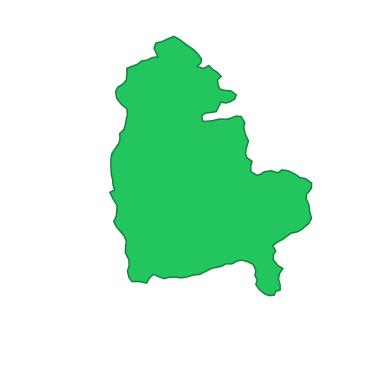 outline of Santana de Cataguases, Minas Gerais, Brazil, rotated 132°
{"feature_id": "56859067B5954230458891", "entity_name": "Santana de Cataguases", "entity_type": "district", "adm_level": 2, "iso_a3": "BRA", "parent_name": "Brazil", "parent_adm1": "Minas Gerais", "projection": "equal_earth", "projection_center": [-42.562, -21.278], "detail": "fine", "context": "isolated", "style": "filled", "palette": "green", "viewbox_px": 384, "rotation_deg": 132, "n_neighbors": 0, "source": "geoboundaries", "source_scale": "gbopen_adm2", "svg_char_len": 2122}
<svg xmlns="http://www.w3.org/2000/svg" viewBox="0 0 384 384"><g transform="rotate(132 192 192)"><path d="M247.1,252.8L249.8,246.5L252.2,238.5L256.8,234.9L260.6,232.2L266.3,230.4L268.5,224.7L269.1,219.8L270.0,213.1L272.6,207.8L277.0,204.8L281.8,200.8L284.4,193.8L288.5,189.6L294.0,187.0L297.6,181.8L298.8,176.8L293.7,171.1L290.1,164.8L284.3,166.1L279.0,165.6L277.0,159.4L275.0,154.7L270.5,151.8L266.1,147.2L263.1,142.6L258.4,138.8L252.8,135.5L248.2,131.2L243.5,129.4L239.7,127.9L235.0,126.0L230.0,122.2L226.6,119.9L222.7,118.8L218.7,114.2L213.3,112.3L209.6,109.8L206.9,104.7L204.8,98.0L207.6,92.0L212.0,89.3L213.7,84.7L218.1,82.6L219.5,76.3L219.1,69.5L217.3,65.2L213.6,61.9L209.6,63.3L206.0,60.8L202.0,64.4L198.9,69.5L194.0,72.4L188.0,73.3L189.2,79.0L187.8,86.6L183.8,89.7L180.0,90.1L177.8,96.1L171.9,95.0L166.2,92.8L161.6,92.0L156.1,90.7L151.7,87.4L147.1,85.5L141.7,84.9L137.4,84.1L131.5,85.7L127.4,92.0L123.4,96.3L120.8,102.3L117.5,105.3L113.4,105.3L109.4,105.8L105.3,109.0L106.1,116.6L109.0,121.2L109.8,127.5L112.0,135.0L115.4,140.0L120.1,140.9L123.5,147.8L128.7,151.8L132.8,152.9L136.2,155.0L137.4,161.9L133.2,165.9L129.1,167.8L129.7,174.2L127.5,178.1L123.3,180.8L116.2,184.3L113.2,191.5L109.4,196.7L105.1,199.2L103.1,206.2L106.5,210.3L110.5,212.2L114.4,214.6L119.7,220.6L124.7,224.1L128.6,227.4L132.4,231.2L128.9,235.7L124.5,234.9L120.5,231.4L116.1,227.8L110.9,229.2L105.9,230.6L102.9,226.0L98.8,223.8L94.4,222.4L90.2,224.1L90.8,230.6L94.4,235.5L96.9,240.1L94.6,244.7L91.6,248.2L86.6,247.7L86.2,253.7L87.0,258.5L86.7,264.1L92.4,266.0L95.4,272.2L90.4,271.7L86.8,273.9L85.6,279.3L85.2,286.9L86.2,294.3L87.0,302.9L88.4,309.6L94.1,312.3L100.5,315.0L105.5,318.5L110.6,316.4L114.3,307.8L118.9,311.6L123.9,313.5L128.5,317.2L133.1,317.8L138.2,320.4L143.6,323.2L147.9,319.2L152.7,315.8L158.2,315.6L163.6,317.3L168.6,315.9L172.7,310.7L174.1,303.4L173.7,296.1L178.0,291.5L182.4,289.3L186.0,286.9L190.9,284.5L196.9,284.8L201.3,280.5L205.4,278.8L211.2,278.2L217.1,277.2L221.1,274.7L225.6,271.0L229.6,266.9L233.0,263.6L236.1,259.0L239.5,255.5L242.3,250.9L247.1,252.8Z" fill="#22c55e" stroke="#15803d" stroke-width="1.5"/></g></svg>